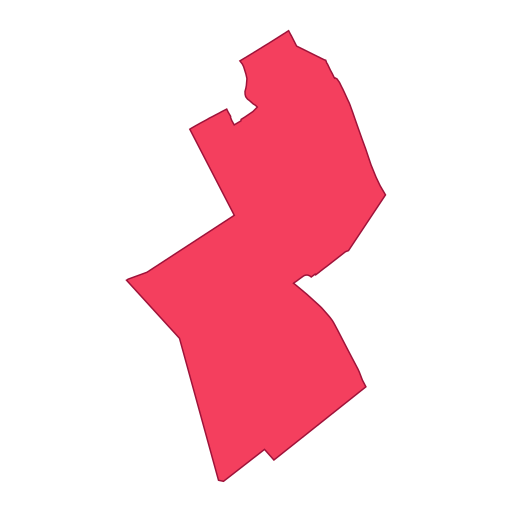 Muharam Bik, Al Iskandariyah, Egypt (Mercator projection), rotated 90°
{"feature_id": "37247803B18141858630320", "entity_name": "Muharam Bik", "entity_type": "district", "adm_level": 2, "iso_a3": "EGY", "parent_name": "Egypt", "parent_adm1": "Al Iskandariyah", "projection": "mercator", "projection_center": [29.924, 31.184], "detail": "fine", "context": "isolated", "style": "filled", "palette": "rose", "viewbox_px": 512, "rotation_deg": 90, "n_neighbors": 0, "source": "geoboundaries", "source_scale": "gbopen_adm2", "svg_char_len": 2124}
<svg xmlns="http://www.w3.org/2000/svg" viewBox="0 0 512 512"><g transform="rotate(90 256 256)"><path d="M480.2,293.5L480.3,293.3L481.3,288.5L449.4,247.5L460.0,238.1L386.8,146.1L380.1,149.6L371.8,152.8L369.0,154.1L358.2,159.8L352.1,163.0L338.8,169.9L329.9,174.5L327.3,175.9L325.2,177.0L323.2,178.1L322.8,178.3L322.3,178.6L320.5,179.7L317.8,181.7L315.6,183.5L314.6,184.4L314.1,184.8L313.7,185.2L310.6,187.9L308.0,190.2L306.5,191.7L294.6,204.8L291.9,208.0L286.3,214.7L284.8,216.5L284.6,216.8L284.3,217.1L283.3,218.5L283.1,218.3L282.9,218.1L281.0,215.3L278.8,212.4L276.0,208.5L275.8,208.1L275.5,207.6L275.1,206.2L275.1,205.7L275.0,205.1L275.2,203.9L275.5,203.2L275.7,202.5L276.6,201.3L277.0,200.8L276.9,200.7L274.1,196.8L274.4,196.5L274.8,196.3L272.1,192.7L271.9,192.5L271.7,192.3L267.9,187.4L266.6,185.6L253.4,168.7L251.7,166.5L250.6,163.5L194.9,126.5L185.7,131.9L177.1,136.0L164.8,141.0L149.0,146.3L139.2,149.9L125.9,154.6L117.6,157.5L111.8,159.5L106.6,161.4L105.9,161.6L105.2,161.9L103.1,162.7L98.7,164.8L98.4,164.9L98.0,165.1L92.3,167.7L88.9,169.3L88.3,169.6L87.6,170.0L82.3,172.6L80.8,173.7L78.9,175.0L77.9,176.9L78.2,177.4L77.0,178.1L73.7,179.7L70.2,181.6L63.9,184.6L63.6,184.9L63.4,185.1L62.9,185.3L60.2,186.3L60.0,187.1L59.8,187.8L59.7,187.9L57.9,191.6L46.1,215.4L35.3,220.9L35.3,221.0L30.7,223.4L34.2,228.9L44.3,244.9L44.4,245.1L44.5,245.3L54.5,261.5L60.9,272.1L64.0,269.7L66.6,268.4L70.1,267.3L74.0,266.1L78.4,265.1L78.8,265.1L79.2,265.1L81.4,265.3L85.0,265.6L85.3,265.6L88.0,266.1L91.5,267.0L94.3,266.9L96.7,266.3L99.1,264.5L99.7,263.7L100.2,263.0L103.9,258.8L105.2,256.7L106.8,254.9L107.0,254.8L107.1,254.7L111.5,259.0L116.9,266.9L119.4,270.9L120.2,271.0L120.9,271.1L124.7,277.5L124.8,277.6L124.9,277.8L120.6,280.2L117.6,281.4L117.0,281.4L116.3,281.4L112.2,283.8L109.1,285.3L112.0,291.0L112.5,291.8L113.0,292.7L115.0,296.6L116.4,299.2L118.2,302.8L119.6,305.1L119.9,305.7L120.2,306.2L122.7,310.9L124.7,314.5L125.0,315.0L125.3,315.6L128.3,320.8L128.8,321.5L129.2,322.2L215.3,277.7L272.3,365.1L279.2,384.0L279.7,384.6L280.2,385.5L338.3,332.5L480.2,293.5Z" fill="#f43f5e" stroke="#9f1239" stroke-width="1.5"/></g></svg>